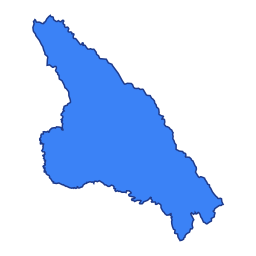 Mwala, Eastern, Kenya
{"feature_id": "3690345B72054376783235", "entity_name": "Mwala", "entity_type": "district", "adm_level": 2, "iso_a3": "KEN", "parent_name": "Kenya", "parent_adm1": "Eastern", "projection": "mercator", "projection_center": [37.528, -1.401], "detail": "fine", "context": "isolated", "style": "filled", "palette": "blue", "viewbox_px": 256, "rotation_deg": 0, "n_neighbors": 0, "source": "geoboundaries", "source_scale": "gbopen_adm2", "svg_char_len": 5726}
<svg xmlns="http://www.w3.org/2000/svg" viewBox="0 0 256 256"><path d="M39.8,140.1L40.5,139.9L40.8,140.7L40.4,142.1L41.5,142.9L40.4,143.4L40.4,143.8L40.8,144.0L42.5,143.6L43.6,144.1L43.0,144.9L43.2,145.9L42.9,146.5L43.1,147.2L42.8,149.1L41.8,150.7L42.7,151.8L44.3,151.9L44.8,152.6L44.8,154.3L44.2,154.4L44.1,155.4L43.0,155.3L42.8,155.7L43.9,156.6L44.1,157.8L43.6,158.4L44.5,159.2L44.3,160.0L45.4,160.4L44.9,161.3L45.4,161.7L45.0,162.7L45.1,163.1L44.5,163.7L45.3,164.6L45.2,165.0L43.3,166.0L43.1,166.4L43.8,166.9L43.5,167.8L43.8,168.1L44.9,168.2L44.6,168.8L44.8,169.8L44.4,170.1L45.1,170.6L45.1,171.0L44.2,171.5L44.2,171.9L44.6,172.1L45.8,171.8L46.2,173.7L47.4,174.8L49.1,175.5L49.6,176.7L49.5,177.7L50.9,179.0L52.2,181.2L53.5,181.8L53.1,182.8L53.5,183.0L56.4,183.5L58.9,183.0L62.5,184.8L63.5,184.7L64.2,185.5L65.0,185.7L65.8,186.3L66.7,186.3L69.3,187.6L71.8,188.2L73.2,187.8L73.8,188.3L74.5,187.7L75.9,188.4L76.9,187.9L77.3,186.7L77.7,186.8L78.1,187.7L78.7,188.0L79.6,187.9L81.1,187.1L81.9,187.1L82.7,186.3L83.2,185.0L85.2,183.5L86.6,183.3L86.8,182.4L87.7,182.5L90.0,181.7L91.6,182.2L92.5,182.0L93.1,182.3L93.8,183.3L94.3,181.5L94.7,181.3L96.0,181.2L97.4,181.7L99.3,180.7L103.0,183.0L104.8,184.9L105.8,184.8L108.1,186.4L109.5,186.4L111.4,185.1L113.1,185.7L114.0,186.7L113.9,188.4L114.2,188.7L115.4,188.8L115.0,190.5L115.8,191.4L117.5,190.7L118.5,191.4L120.0,191.3L122.0,192.3L124.7,192.2L126.1,192.6L126.6,190.8L129.2,190.9L131.0,192.4L131.1,193.1L128.8,194.5L128.8,195.2L129.3,196.0L134.1,197.1L135.0,197.7L134.6,198.4L131.8,199.0L131.6,199.4L132.0,200.4L133.6,200.5L134.6,201.5L137.1,200.4L140.5,200.4L141.0,200.7L140.9,201.2L139.6,203.0L139.5,203.4L139.9,203.8L142.1,203.8L143.2,202.7L143.7,201.8L147.6,200.3L149.3,198.8L150.3,197.5L150.7,197.3L151.2,197.6L151.0,199.0L152.2,200.3L152.2,200.7L151.4,201.7L151.7,202.1L155.1,202.0L155.6,202.6L155.4,203.9L155.7,204.3L156.7,204.3L158.2,203.3L158.7,203.3L160.6,204.6L161.0,205.6L161.0,207.7L162.8,211.1L164.4,212.7L164.8,213.6L166.6,215.1L168.2,215.1L170.9,213.6L171.2,214.1L170.3,215.3L171.9,216.6L171.9,217.4L171.2,217.7L172.1,220.0L171.6,221.2L171.8,223.8L172.5,226.7L173.5,229.2L174.8,229.8L175.1,230.2L174.6,232.8L174.8,233.3L177.6,234.0L178.0,237.0L180.1,240.6L180.6,240.3L181.7,240.3L183.6,239.2L183.7,238.3L184.3,237.5L185.0,237.1L185.1,235.6L185.8,234.7L186.7,233.7L189.5,232.1L190.5,228.9L192.0,228.9L192.8,227.7L192.1,224.8L192.3,223.2L192.8,221.2L193.8,219.8L191.1,214.7L190.8,213.6L191.6,212.8L193.5,214.3L194.6,213.5L195.3,213.7L195.3,212.6L196.3,213.9L196.8,213.8L198.2,212.4L198.7,212.6L200.0,214.3L200.8,217.0L201.9,218.5L203.5,222.1L204.6,222.4L206.2,223.7L206.9,223.9L209.9,221.8L211.1,221.3L211.4,221.0L211.5,219.8L211.3,218.5L214.3,216.8L214.4,214.8L214.9,213.7L214.9,212.6L213.5,211.7L213.2,211.1L214.4,210.1L214.7,208.7L219.3,205.5L221.3,205.4L222.3,204.5L223.1,204.4L221.8,201.5L221.5,198.8L220.6,198.3L218.8,198.5L217.9,198.4L217.1,197.2L215.9,196.2L214.2,194.2L212.4,191.8L210.6,188.1L209.6,187.0L209.4,184.9L207.6,184.1L206.8,182.1L204.8,179.1L204.7,178.3L203.7,177.7L201.2,176.8L200.6,176.7L199.3,177.5L198.5,177.0L195.5,172.1L196.4,169.2L196.2,167.2L195.1,165.9L192.9,160.9L191.6,160.1L191.0,158.7L189.4,157.3L185.6,157.0L185.4,156.5L185.9,155.4L185.7,153.9L184.8,153.1L183.5,152.9L182.7,151.5L179.4,151.1L176.1,149.4L176.1,144.8L174.7,143.1L174.0,140.7L172.8,138.7L173.1,136.3L172.6,134.4L173.1,132.6L172.4,131.8L171.8,130.2L170.0,128.9L169.2,127.7L167.4,126.7L166.0,126.5L164.7,125.0L164.3,124.2L164.8,122.0L164.5,119.7L163.7,119.0L162.0,119.1L162.2,118.2L163.4,116.6L163.2,116.2L161.1,115.6L159.2,114.5L158.9,113.9L159.1,112.5L158.7,109.1L157.7,107.9L156.7,107.3L156.0,104.6L154.8,103.2L154.4,100.9L153.0,99.2L151.5,98.1L150.2,95.6L147.5,95.4L146.3,94.9L143.2,89.5L142.7,89.2L140.2,89.4L138.6,88.3L136.7,88.5L134.6,88.3L133.5,87.2L132.5,84.6L131.2,83.5L127.3,83.3L125.2,84.1L124.4,84.0L122.1,80.5L118.3,73.5L112.4,65.5L111.9,64.3L108.4,62.9L106.3,59.2L100.3,58.7L99.6,58.3L98.5,55.7L96.6,54.4L96.1,52.1L94.0,49.3L93.6,49.2L92.2,49.4L90.4,48.7L89.2,49.2L87.8,49.1L86.3,47.3L85.2,45.5L84.4,45.1L83.1,45.4L82.9,45.0L83.3,43.8L82.9,42.8L82.3,42.9L81.9,43.9L81.3,44.4L80.8,44.6L80.2,44.4L76.1,39.0L75.2,38.5L74.0,38.5L73.3,37.9L73.2,36.9L73.4,35.4L73.9,34.9L73.9,34.1L73.5,33.8L72.1,33.9L71.8,33.5L71.8,32.6L70.9,31.9L69.3,32.1L68.3,31.7L68.0,30.9L68.8,28.9L68.1,27.5L67.5,27.1L65.6,27.4L64.8,26.9L64.5,26.1L64.7,25.0L63.5,24.1L63.2,23.6L63.1,22.2L63.8,21.2L63.5,20.4L62.5,20.3L61.0,21.7L59.6,21.5L58.4,20.6L57.0,21.5L56.0,21.4L53.7,19.7L53.2,17.3L52.8,16.9L51.3,16.8L50.6,16.1L50.3,15.4L48.8,16.6L46.8,18.9L45.4,21.7L44.0,22.4L43.8,23.4L43.3,23.6L42.1,23.5L39.6,22.2L36.3,22.1L35.5,20.1L34.9,19.6L34.4,20.6L33.5,21.4L34.1,23.8L32.9,27.5L33.3,30.7L33.6,31.6L35.4,33.9L35.9,35.7L39.5,40.5L41.4,44.5L42.8,46.6L43.7,50.0L44.8,52.5L45.0,54.4L47.4,56.4L47.8,57.4L47.4,59.6L47.1,65.3L49.6,64.9L52.6,67.3L53.5,67.2L54.8,66.4L55.9,66.5L56.4,67.3L56.3,68.8L55.6,70.1L55.6,70.7L56.3,71.9L57.7,72.8L57.6,74.0L57.9,74.6L58.9,75.2L59.3,79.0L62.0,80.7L64.2,85.1L64.9,87.6L65.2,88.0L66.2,88.5L68.5,91.5L68.8,92.8L68.9,95.8L70.3,99.9L70.5,101.9L70.4,102.5L67.7,104.0L67.2,105.3L66.0,105.5L64.1,106.4L63.7,108.5L63.2,109.2L63.3,109.8L64.2,110.9L62.9,111.5L62.7,112.4L61.2,114.0L61.1,115.1L62.7,116.2L62.9,117.1L62.1,118.9L61.1,119.5L61.3,119.9L62.4,120.3L62.4,120.9L61.7,121.2L61.5,121.8L62.8,123.9L62.4,124.8L62.3,127.8L63.0,129.9L62.6,130.0L61.8,129.6L61.0,127.5L58.9,127.0L56.4,126.9L55.5,128.0L54.5,127.7L51.9,128.1L51.7,128.6L50.9,128.9L49.9,129.9L49.5,131.1L49.1,131.3L49.0,132.1L48.6,132.2L47.9,131.3L46.1,132.1L44.8,131.7L43.3,131.8L43.3,133.9L41.4,134.1L40.9,135.5L41.0,137.0L39.7,138.8L39.8,140.1Z" fill="#3b82f6" stroke="#1e3a8a" stroke-width="1.5"/></svg>